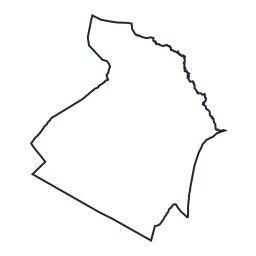 outline of Kajiado Central, Rift Valley, Kenya
{"feature_id": "3690345B79073906522262", "entity_name": "Kajiado Central", "entity_type": "district", "adm_level": 2, "iso_a3": "KEN", "parent_name": "Kenya", "parent_adm1": "Rift Valley", "projection": "albers", "projection_center": [36.936, -2.176], "detail": "fine", "context": "isolated", "style": "outline", "palette": "slate", "viewbox_px": 256, "rotation_deg": 0, "n_neighbors": 0, "source": "geoboundaries", "source_scale": "gbopen_adm2", "svg_char_len": 5629}
<svg xmlns="http://www.w3.org/2000/svg" viewBox="0 0 256 256"><path d="M131.7,23.6L130.4,23.4L127.8,22.9L117.9,22.5L114.0,22.1L103.3,20.2L101.1,19.7L100.5,19.6L100.3,19.4L99.8,19.2L98.9,18.6L96.4,17.5L92.3,15.4L91.0,21.1L87.8,37.3L89.0,45.4L99.9,57.1L102.5,59.8L107.1,61.2L108.6,63.4L108.8,63.6L109.5,65.3L109.6,65.7L109.8,66.0L110.1,66.5L108.9,69.7L108.7,70.8L108.3,72.6L107.7,73.2L107.7,73.8L107.6,74.0L106.6,74.9L106.7,76.0L108.1,79.7L106.5,80.3L105.5,81.0L105.2,81.1L104.9,81.4L104.6,82.0L104.3,82.1L103.9,82.2L103.8,82.7L99.8,85.3L98.9,85.7L98.6,86.5L98.4,87.2L97.8,87.6L95.7,88.4L94.8,88.9L94.1,89.4L82.4,99.2L51.2,118.2L49.7,120.6L49.3,120.9L48.6,121.5L47.5,122.8L47.2,123.9L46.8,124.3L46.0,125.0L45.0,126.0L44.3,126.5L43.8,127.3L43.6,127.9L42.1,129.9L41.3,131.1L40.6,132.0L39.5,133.6L37.3,135.9L36.0,137.0L34.1,139.2L33.7,139.6L33.3,140.6L33.0,141.0L32.1,142.0L31.1,143.4L33.5,147.0L45.3,161.8L32.5,174.2L92.7,208.5L99.4,212.3L111.9,218.5L151.1,240.6L154.4,227.9L154.6,226.8L154.8,226.2L155.3,225.9L157.2,225.7L158.2,225.3L159.8,224.3L160.2,223.9L163.4,219.5L163.7,219.0L164.8,216.5L166.2,215.3L166.4,214.8L166.6,213.8L166.7,213.4L167.2,213.0L167.7,212.7L168.0,212.2L169.4,208.7L170.0,208.2L171.0,207.8L171.5,207.2L171.9,206.4L172.6,205.3L173.9,204.4L174.9,204.2L176.0,204.6L176.8,206.0L179.2,209.4L181.6,212.2L184.7,214.9L187.1,217.2L187.4,217.3L187.8,217.1L187.9,216.5L188.1,213.8L188.0,207.1L189.0,197.8L189.1,194.7L190.1,189.9L190.4,187.0L194.5,165.4L197.8,155.4L199.0,152.0L200.0,150.0L200.5,149.5L200.8,149.0L201.4,147.3L202.2,145.4L202.5,144.5L202.6,144.2L203.4,143.5L204.2,142.5L205.5,141.0L206.9,139.6L207.1,139.5L207.7,139.4L210.0,138.1L212.4,137.0L214.2,135.7L215.2,134.7L216.6,133.6L217.0,133.3L220.0,132.2L222.5,131.2L223.4,131.1L223.9,130.9L224.2,130.8L224.9,130.5L223.7,130.1L223.3,130.1L223.0,130.2L221.8,130.8L221.6,130.9L221.3,130.8L220.7,130.4L220.3,130.4L219.7,130.8L219.3,130.9L219.0,130.8L218.7,130.4L218.2,129.6L217.6,129.4L216.8,129.8L216.4,129.8L215.7,128.9L215.5,128.5L215.5,128.2L215.6,127.4L215.6,127.0L215.3,126.0L215.3,125.7L215.4,124.7L215.3,124.0L214.6,123.3L214.2,122.6L213.9,121.8L213.7,120.7L213.6,119.6L213.5,119.4L213.2,119.4L212.9,118.9L213.1,118.7L213.4,118.4L213.3,118.2L213.0,118.1L212.2,118.1L211.7,117.9L211.7,117.7L211.8,116.6L211.7,116.3L211.3,116.2L210.7,116.2L210.2,115.7L209.9,115.2L209.8,114.6L209.9,113.1L209.7,112.4L209.6,111.6L209.3,111.1L209.1,110.8L208.8,110.6L207.9,110.1L207.4,109.4L206.5,109.1L206.2,108.7L205.9,108.2L206.0,107.4L205.9,106.7L205.8,106.4L205.5,105.9L205.1,105.7L204.1,105.3L204.0,105.1L204.0,104.9L204.0,104.5L203.7,104.6L203.4,104.8L203.1,104.7L202.8,104.2L202.9,103.9L203.6,103.4L203.7,103.2L203.2,102.9L203.2,102.6L203.9,102.0L205.0,101.6L205.4,101.1L205.6,100.1L206.0,99.7L206.0,99.3L205.7,98.9L205.8,97.7L205.0,97.2L204.7,96.7L204.7,96.3L204.8,95.8L204.9,95.1L204.9,94.5L204.7,94.3L204.5,94.0L204.3,94.2L204.1,94.6L203.9,94.7L203.6,94.6L202.9,94.4L202.2,94.6L201.9,94.5L201.1,93.4L200.9,93.3L200.3,93.3L199.5,93.4L198.7,93.5L197.7,93.2L197.3,92.8L197.2,92.5L197.7,92.1L197.5,91.9L197.3,91.7L196.8,91.6L196.7,91.4L196.4,90.6L195.6,89.4L194.9,88.6L194.4,88.0L194.4,87.7L194.7,86.7L194.7,85.7L194.6,85.3L194.5,85.1L194.0,84.7L193.9,84.4L194.1,83.9L194.1,83.7L194.0,83.4L194.0,83.1L193.9,82.8L193.3,82.8L193.2,81.9L192.7,81.3L192.2,81.5L191.9,81.5L191.3,81.5L190.1,81.7L189.9,81.5L189.7,81.0L188.8,79.6L188.7,78.9L188.6,78.6L188.1,78.4L187.6,78.0L187.5,77.8L187.5,77.5L187.7,77.3L188.8,76.6L189.0,76.4L189.0,75.9L188.9,75.7L188.7,75.7L187.9,75.8L187.6,75.8L187.5,75.6L187.6,75.3L187.7,75.0L188.1,74.6L188.6,74.1L189.1,73.4L188.8,73.2L188.2,73.2L187.6,73.0L187.1,72.7L186.9,72.3L187.0,71.8L187.0,71.6L186.9,71.4L186.6,71.5L186.1,71.3L185.1,71.2L185.5,70.6L185.5,70.2L185.4,69.9L184.9,69.9L184.5,69.5L184.5,69.2L185.3,68.9L185.4,68.7L185.5,68.5L184.7,67.9L184.4,67.5L184.7,67.4L184.4,66.9L184.6,66.2L184.3,65.4L184.6,64.0L184.4,63.5L184.2,63.6L184.1,63.3L184.1,63.1L183.8,63.0L183.9,62.8L184.2,62.8L184.7,62.1L184.7,61.8L184.5,61.4L184.8,60.6L184.7,60.4L184.6,59.9L184.6,59.6L184.5,59.2L184.7,58.9L184.6,58.6L184.2,58.2L184.1,57.9L184.3,57.7L184.6,57.7L184.8,57.3L184.9,56.7L184.3,56.2L184.2,55.9L183.8,55.7L183.7,56.1L183.2,56.1L182.0,55.5L181.7,55.9L181.5,55.6L180.9,55.4L180.4,54.7L180.2,54.7L180.1,54.4L179.5,53.7L179.3,53.6L179.0,54.2L178.8,54.0L178.9,53.7L178.4,53.7L178.2,53.6L178.0,53.4L178.0,53.2L178.3,52.8L178.1,52.6L177.5,52.5L177.6,52.0L177.3,52.2L177.0,52.0L176.6,52.3L175.7,51.6L174.9,51.3L174.4,51.6L174.2,51.4L173.9,51.3L173.8,51.0L173.4,50.8L173.0,50.4L172.5,50.3L172.3,50.2L172.1,50.3L171.9,50.2L171.6,49.7L171.4,49.7L170.9,49.8L170.8,49.6L171.1,49.1L170.9,48.3L170.9,48.0L170.8,47.7L170.5,47.6L170.3,47.6L169.8,47.0L169.8,46.7L170.0,46.3L169.8,46.1L169.4,46.2L168.9,46.0L168.2,46.1L167.9,45.8L167.6,45.7L167.6,45.4L167.3,45.2L166.6,44.9L166.3,44.9L165.6,45.1L165.3,45.2L165.1,45.5L164.9,45.6L164.6,45.6L164.2,45.9L163.0,45.8L162.5,46.0L162.3,46.0L161.7,45.7L161.3,45.4L161.1,45.4L160.5,45.1L159.9,45.1L159.3,44.6L159.3,44.3L159.0,44.1L158.7,44.0L157.3,44.1L156.7,44.3L156.0,43.7L155.8,43.7L155.6,43.5L156.0,42.8L156.0,42.3L155.9,42.0L155.7,41.7L155.1,41.4L154.8,41.5L154.7,41.2L154.1,41.2L153.9,41.0L153.7,41.0L153.3,40.5L153.3,39.8L153.2,39.4L153.3,38.9L153.5,38.7L153.6,38.3L153.3,38.1L153.0,37.9L152.7,37.8L152.4,37.8L151.8,37.5L151.6,37.4L151.1,37.5L149.5,37.5L149.1,37.6L148.4,37.7L147.5,38.1L145.4,37.9L144.3,37.6L143.8,37.4L142.2,37.0L140.9,36.5L138.4,35.2L138.2,35.4L138.0,35.6L137.5,35.6L137.2,35.4L136.2,34.6L135.8,34.5L135.5,34.5L135.3,34.3L132.0,28.7L131.7,23.6Z" fill="none" stroke="#1e293b" stroke-width="2"/></svg>